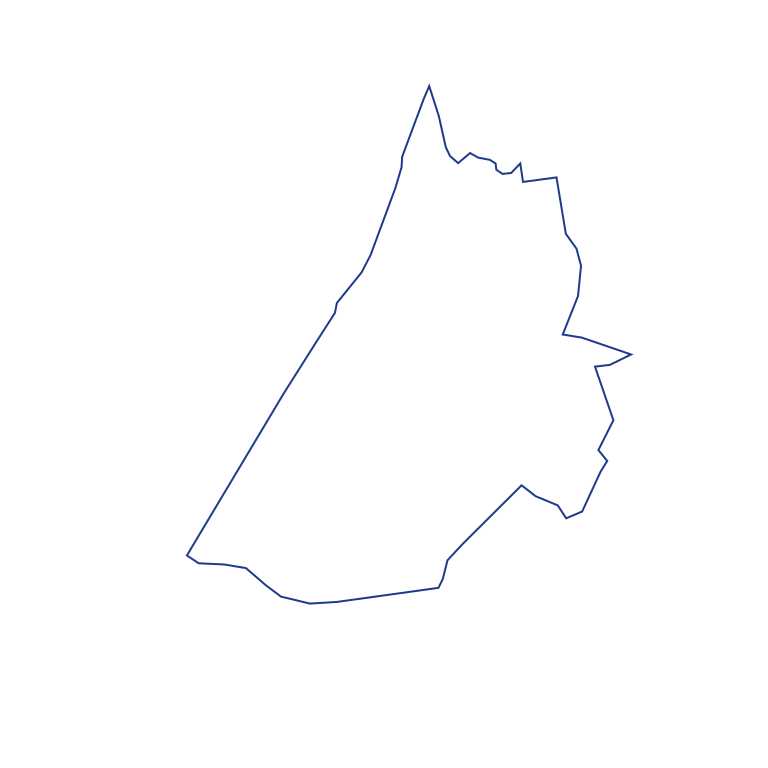 the district of Yashnobod, Tashkent, Uzbekistan, rotated 55°
{"feature_id": "79887680B98736397831484", "entity_name": "Yashnobod", "entity_type": "district", "adm_level": 2, "iso_a3": "UZB", "parent_name": "Uzbekistan", "parent_adm1": "Tashkent", "projection": "mercator", "projection_center": [69.301, 41.243], "detail": "fine", "context": "isolated", "style": "outline", "palette": "blue", "viewbox_px": 768, "rotation_deg": 55, "n_neighbors": 0, "source": "geoboundaries", "source_scale": "gbopen_adm2", "svg_char_len": 837}
<svg xmlns="http://www.w3.org/2000/svg" viewBox="0 0 768 768"><g transform="rotate(55 384 384)"><path d="M577.4,447.6L564.8,433.1L560.1,411.1L545.9,329.4L562.8,324.2L583.1,311.3L598.5,311.8L602.1,294.8L580.0,256.8L575.1,245.3L561.1,246.3L545.3,216.9L490.8,201.2L497.9,188.0L501.5,164.7L459.4,195.4L446.0,209.2L423.2,174.6L400.2,154.8L383.5,148.7L365.3,148.9L313.7,124.2L298.2,154.2L281.5,145.9L284.1,158.8L279.9,166.4L272.9,169.1L267.4,166.1L261.1,168.7L252.6,177.0L244.2,181.0L245.6,196.6L235.0,199.2L225.3,197.5L195.9,185.4L165.9,176.1L173.5,188.3L208.3,238.8L216.6,245.4L229.8,262.0L270.7,321.1L279.7,338.3L290.6,376.1L297.6,383.4L311.4,417.0L334.1,471.3L411.4,643.8L424.6,638.6L440.1,618.5L455.6,602.7L480.8,596.3L499.0,590.4L521.4,570.6L535.5,547.6L582.2,456.3L577.4,447.6Z" fill="none" stroke="#1e3a8a" stroke-width="2"/></g></svg>